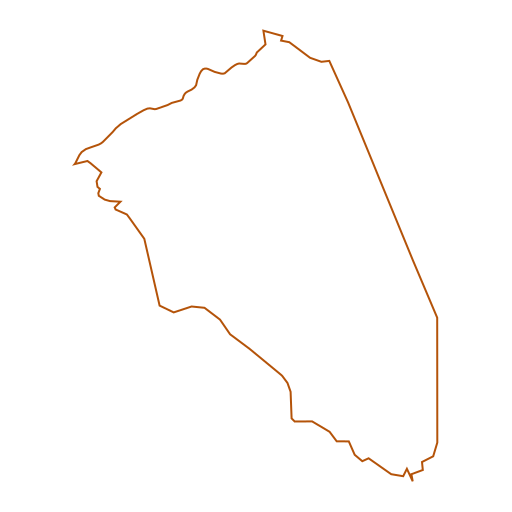 Burlington, New Jersey, United States of America
{"feature_id": "52423323B76403507103928", "entity_name": "Burlington", "entity_type": "district", "adm_level": 2, "iso_a3": "USA", "parent_name": "United States of America", "parent_adm1": "New Jersey", "projection": "orthographic", "projection_center": [-74.789, 39.861], "detail": "fine", "context": "isolated", "style": "outline", "palette": "amber", "viewbox_px": 512, "rotation_deg": 0, "n_neighbors": 0, "source": "geoboundaries", "source_scale": "gbopen_adm2", "svg_char_len": 1462}
<svg xmlns="http://www.w3.org/2000/svg" viewBox="0 0 512 512"><path d="M256.8,52.5L256.7,52.8L255.8,54.9L255.1,55.9L247.0,63.2L245.8,63.8L244.2,63.9L239.1,63.5L237.2,64.0L235.0,65.1L231.5,67.5L224.7,73.3L223.0,73.7L221.1,73.6L214.7,71.9L208.1,69.0L206.6,68.6L206.2,68.6L204.8,68.6L203.0,69.2L201.1,71.2L199.7,73.7L197.3,79.8L196.1,85.2L194.5,87.4L191.6,89.6L187.5,91.6L185.7,92.8L184.6,94.1L184.1,95.0L183.6,95.9L182.8,98.6L182.2,99.5L180.6,100.5L171.8,102.9L167.7,105.0L156.2,109.0L154.7,109.2L149.9,108.3L147.4,108.6L143.7,110.2L137.1,113.9L121.0,123.9L120.8,124.0L115.8,128.3L112.6,132.1L102.8,142.0L101.1,143.3L98.7,144.6L90.9,147.3L85.9,149.1L81.9,151.9L81.7,152.0L79.4,155.1L75.2,163.5L74.7,164.1L87.4,161.0L90.4,163.1L101.4,172.4L96.6,181.2L97.5,186.9L99.9,188.9L98.3,193.2L98.8,195.8L104.7,199.6L110.0,201.1L120.4,201.7L114.7,207.4L115.6,209.5L126.9,214.5L130.0,218.7L144.3,238.8L159.6,305.6L173.7,312.4L191.6,306.5L204.5,307.8L220.0,319.6L230.1,334.3L249.5,348.8L256.2,354.3L281.4,375.1L282.3,376.0L287.5,383.0L290.6,391.8L291.6,418.4L294.7,421.5L312.1,421.4L329.6,431.8L336.7,441.3L348.8,441.4L354.7,454.8L362.3,461.2L368.6,458.3L391.2,474.2L403.2,476.2L406.9,468.8L412.7,481.3L411.4,474.2L422.8,470.0L422.0,462.0L433.2,456.3L437.3,442.6L437.2,317.7L412.8,260.1L378.7,177.1L373.5,164.3L348.1,102.5L329.3,60.9L321.4,61.8L310.1,57.8L289.3,42.2L281.1,40.6L282.5,36.0L263.4,30.7L265.5,44.4L256.8,52.5Z" fill="none" stroke="#b45309" stroke-width="2"/></svg>